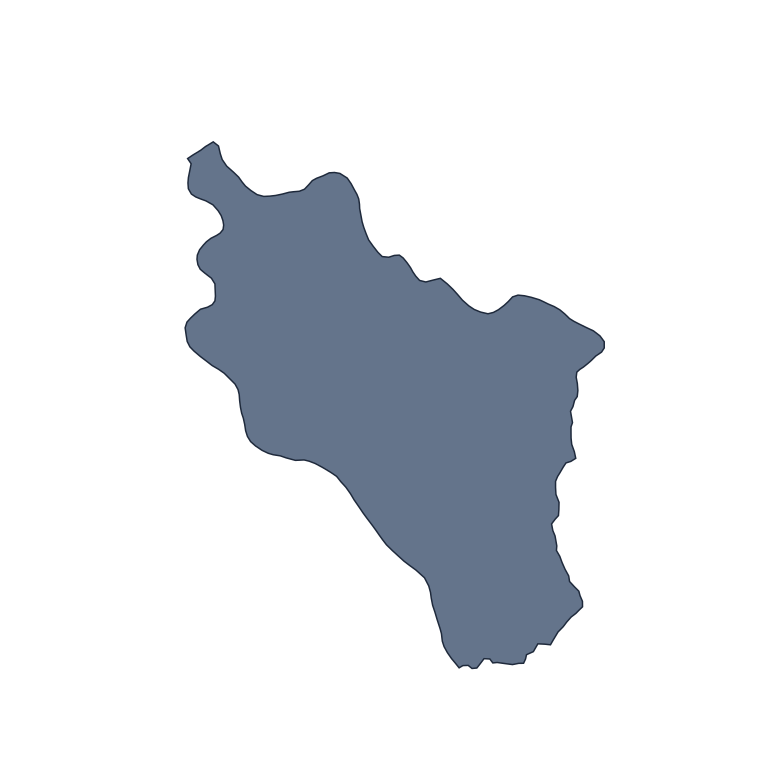 Pirapora, Minas Gerais, Brazil, rotated 309°
{"feature_id": "56859067B69954433860239", "entity_name": "Pirapora", "entity_type": "district", "adm_level": 2, "iso_a3": "BRA", "parent_name": "Brazil", "parent_adm1": "Minas Gerais", "projection": "natural_earth1", "projection_center": [-44.864, -17.379], "detail": "fine", "context": "isolated", "style": "filled", "palette": "slate", "viewbox_px": 768, "rotation_deg": 309, "n_neighbors": 0, "source": "geoboundaries", "source_scale": "gbopen_adm2", "svg_char_len": 3404}
<svg xmlns="http://www.w3.org/2000/svg" viewBox="0 0 768 768"><g transform="rotate(309 384 384)"><path d="M210.7,621.0L214.8,622.5L218.3,626.5L218.3,631.4L221.7,634.9L227.2,634.8L233.5,634.6L236.9,639.3L235.7,644.1L238.8,647.2L242.4,653.2L246.8,660.4L251.7,664.5L254.8,668.2L259.3,667.1L263.3,665.1L270.0,668.5L278.9,667.1L283.0,672.7L286.1,677.5L291.6,676.6L295.9,676.0L300.8,675.3L308.1,676.0L314.1,675.8L320.8,676.1L326.6,677.5L330.9,677.9L335.8,678.5L340.0,675.0L342.9,669.5L345.6,665.8L346.3,659.3L347.3,652.5L351.1,648.3L354.0,641.2L357.4,634.6L360.7,629.1L363.1,622.8L366.9,620.2L370.3,616.3L373.6,612.5L376.3,607.5L380.7,602.3L386.7,602.1L391.5,602.4L396.1,599.2L402.2,594.5L406.4,587.1L411.6,582.4L416.3,578.6L421.4,577.1L425.5,576.6L432.1,575.6L437.2,575.1L441.4,577.9L446.9,579.8L451.2,574.5L455.2,567.9L459.7,563.4L464.8,559.2L468.4,556.3L472.6,554.8L476.8,550.0L480.2,546.1L485.3,545.1L491.3,542.4L495.8,542.1L500.9,538.8L506.0,534.0L510.2,529.1L514.5,526.4L518.6,527.0L522.6,528.3L528.1,529.5L532.8,530.3L539.1,531.0L545.7,533.0L550.6,532.5L555.5,528.5L557.3,521.6L557.1,513.4L555.1,505.2L553.3,497.3L552.2,492.0L551.6,487.0L552.2,480.5L552.3,474.0L551.3,467.6L549.5,461.3L548.4,456.4L547.2,451.6L544.1,444.0L541.0,437.7L537.4,432.2L532.6,429.1L526.3,428.7L520.7,427.9L513.8,426.2L508.5,424.0L504.0,420.6L500.7,413.8L498.7,407.2L498.1,400.7L498.5,392.2L499.8,385.2L500.9,378.3L501.6,370.2L501.6,361.3L495.3,356.5L489.6,352.3L486.9,346.5L487.8,340.8L489.3,335.8L491.1,331.4L492.7,325.8L494.0,319.6L493.8,314.8L490.4,311.1L485.5,307.9L481.9,302.4L482.5,296.4L484.2,289.0L486.3,281.4L489.6,275.4L493.0,269.7L496.3,264.9L501.0,259.4L505.0,254.7L508.3,251.8L511.9,247.9L514.3,243.7L516.3,238.7L519.0,232.3L520.9,225.8L519.9,217.2L517.2,212.4L513.6,208.5L507.4,205.6L501.4,202.1L497.0,200.3L491.4,200.1L485.3,199.6L480.5,196.9L476.5,192.7L473.3,189.6L467.8,185.6L462.4,181.2L458.3,177.2L454.1,172.5L451.3,166.2L450.6,158.8L450.6,151.8L451.7,146.5L453.3,140.8L453.9,133.9L454.3,124.7L456.6,117.0L459.9,111.9L464.8,105.6L464.7,98.9L456.1,95.8L450.5,94.5L441.5,91.3L435.6,89.5L433.8,95.5L427.4,98.9L421.3,102.1L416.9,105.1L412.6,109.1L410.4,114.8L410.9,120.0L412.4,125.0L414.2,130.2L415.6,138.3L414.3,146.0L412.4,151.5L409.6,156.0L406.6,159.4L402.8,161.7L398.1,161.7L394.1,160.4L388.3,157.8L382.8,156.5L378.6,156.2L372.3,156.2L366.7,157.8L363.2,160.2L359.6,164.3L357.5,169.1L357.4,175.4L357.6,183.3L355.4,189.6L351.3,193.2L346.2,197.7L342.2,200.3L337.6,200.6L332.6,198.5L326.6,194.3L319.1,192.9L313.5,192.2L308.1,191.9L302.5,194.1L297.2,199.8L293.2,204.3L290.7,209.8L290.0,215.7L289.8,223.9L290.0,230.0L290.2,238.9L291.3,246.0L291.8,252.9L290.9,261.8L290.2,268.3L287.8,274.1L284.7,278.1L280.1,282.4L275.5,287.2L271.7,291.8L268.9,296.2L264.9,301.2L260.6,305.9L257.3,310.9L255.3,316.6L255.0,323.2L255.7,331.0L257.3,337.6L259.3,342.4L262.9,348.6L265.0,354.4L268.9,363.2L274.7,369.7L276.9,374.4L278.9,380.5L280.5,388.8L281.8,398.1L282.4,405.3L280.9,412.0L279.8,419.3L277.6,427.1L275.1,433.8L273.6,439.0L272.2,443.7L270.6,448.9L269.0,455.0L267.0,463.1L265.3,469.5L263.5,475.7L262.0,481.2L260.6,487.1L259.8,495.5L258.9,510.9L259.1,518.1L259.5,525.8L258.9,537.4L255.2,545.9L251.3,551.3L247.3,555.5L242.6,561.1L238.8,567.1L234.6,573.2L231.6,577.8L229.0,581.8L226.1,585.8L220.8,591.2L217.7,596.0L215.1,602.4L213.1,609.3L212.0,615.0L210.7,621.0Z" fill="#64748b" stroke="#1e293b" stroke-width="1.5"/></g></svg>